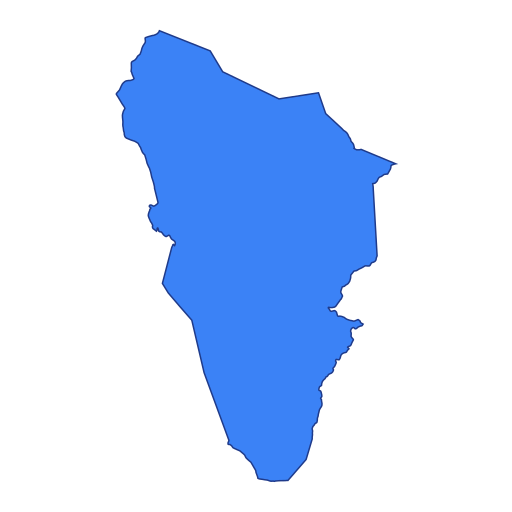 Guayape, Olancho, Honduras (Robinson projection)
{"feature_id": "27666195B80607738611126", "entity_name": "Guayape", "entity_type": "district", "adm_level": 2, "iso_a3": "HND", "parent_name": "Honduras", "parent_adm1": "Olancho", "projection": "robinson", "projection_center": [-86.826, 14.788], "detail": "fine", "context": "isolated", "style": "filled", "palette": "blue", "viewbox_px": 512, "rotation_deg": 0, "n_neighbors": 0, "source": "geoboundaries", "source_scale": "gbopen_adm2", "svg_char_len": 6052}
<svg xmlns="http://www.w3.org/2000/svg" viewBox="0 0 512 512"><path d="M287.9,480.5L306.1,459.5L312.2,439.0L312.2,437.1L312.5,434.8L312.4,432.9L312.6,431.2L312.5,430.3L312.2,429.2L312.2,428.3L312.6,427.4L312.8,426.6L314.0,425.3L315.0,423.7L315.6,423.1L316.4,422.9L316.9,422.3L317.1,421.4L317.3,420.3L317.4,418.1L318.1,416.1L318.4,413.9L318.8,412.5L319.4,409.9L320.2,408.4L321.5,406.4L321.9,405.3L322.0,403.7L321.8,402.3L321.5,400.9L321.5,399.8L321.2,399.2L320.8,398.8L320.6,398.3L320.8,397.9L321.8,396.6L321.8,396.0L321.8,395.1L321.2,392.5L320.8,391.3L320.4,390.9L319.4,390.5L318.9,390.1L318.8,389.9L318.8,389.4L318.9,388.7L319.4,387.1L319.8,386.5L320.8,386.0L321.5,385.4L321.6,385.0L321.6,384.4L321.7,383.6L322.1,382.3L322.3,381.7L322.9,380.8L323.7,379.8L325.0,378.7L326.2,376.7L326.4,376.6L326.9,376.6L327.2,376.4L327.9,375.6L328.3,374.8L328.5,374.5L329.6,373.9L331.4,373.1L332.1,372.5L332.7,371.8L333.2,370.8L333.5,369.9L333.4,369.6L333.2,369.3L333.0,368.9L333.0,368.3L333.4,367.7L334.5,366.6L335.5,364.5L336.1,363.0L336.2,362.6L336.2,362.2L335.6,361.1L335.7,360.3L336.0,359.6L336.2,359.4L336.5,359.4L338.7,359.8L339.1,359.8L339.9,358.6L340.3,357.6L340.8,355.6L341.1,355.1L341.4,354.6L342.2,353.8L343.0,353.3L344.2,352.8L345.6,352.5L346.4,352.1L346.6,351.8L347.6,350.1L348.5,349.4L348.9,348.9L349.0,348.7L348.9,348.5L347.7,347.5L347.6,347.2L348.2,346.6L350.1,345.9L350.6,345.5L351.1,344.7L351.9,342.7L353.4,339.8L353.2,339.2L351.9,337.7L351.1,336.5L351.1,335.7L351.2,334.3L351.2,333.2L351.1,332.7L350.8,331.9L350.6,331.1L350.9,329.7L351.3,328.9L352.3,327.9L352.8,327.6L353.2,327.5L353.6,327.6L354.2,327.9L355.1,328.8L355.5,328.8L355.9,328.8L357.1,328.0L358.2,327.0L360.1,326.2L360.9,325.9L361.5,325.9L361.9,325.7L362.2,325.5L363.1,324.1L361.0,322.9L360.4,322.2L360.3,321.7L360.2,321.2L359.9,321.0L358.9,320.1L358.1,319.6L357.7,319.7L354.6,321.0L354.0,321.1L353.5,321.1L351.5,320.6L350.1,320.4L347.8,319.6L346.7,319.2L345.6,318.5L344.2,317.4L341.9,316.5L341.0,316.3L339.8,316.1L338.6,316.3L338.1,316.2L337.6,315.8L337.4,315.3L336.5,312.2L335.8,311.4L334.9,310.7L334.5,310.6L333.9,310.7L331.6,311.3L331.1,311.3L330.8,311.2L330.1,310.7L329.3,309.2L328.5,308.3L328.3,307.9L328.3,307.6L328.4,307.4L328.6,307.3L330.5,307.6L332.1,307.6L334.6,307.1L335.0,306.8L335.6,306.4L336.1,305.8L337.7,303.5L339.7,300.8L340.4,299.7L341.2,299.0L342.5,296.1L342.3,295.3L341.0,293.0L340.8,292.2L340.8,291.4L341.2,290.0L342.1,287.2L342.3,286.9L344.5,286.2L345.7,285.1L346.8,284.5L347.7,283.9L348.3,283.3L349.0,282.3L349.7,281.2L350.5,278.5L350.7,277.2L350.7,275.9L350.9,274.9L353.8,271.3L354.0,271.1L354.3,271.0L355.7,270.8L356.6,270.6L359.4,268.9L361.0,268.2L362.9,267.2L363.8,266.6L364.9,266.0L365.6,265.8L367.9,266.0L369.4,265.9L370.0,265.4L371.3,263.2L371.8,262.7L372.3,262.5L372.7,262.4L373.4,262.2L374.6,261.6L375.3,261.0L376.0,259.9L376.1,259.2L376.3,257.9L377.1,255.9L373.2,188.1L373.2,187.1L372.7,183.6L374.7,183.3L375.2,183.0L375.8,182.5L377.1,181.1L378.3,178.5L378.9,177.7L379.4,177.2L381.5,176.4L384.0,174.5L386.2,174.1L387.2,174.1L387.6,174.0L388.1,173.2L390.4,169.1L390.8,167.6L391.0,165.8L391.2,165.6L391.7,165.1L392.4,164.8L394.7,164.0L395.7,163.8L361.1,149.4L359.4,149.8L356.6,149.8L355.4,149.2L354.0,148.4L354.3,147.7L353.8,145.5L353.5,144.4L352.6,143.0L351.1,141.4L350.4,139.0L349.9,138.1L348.9,136.8L347.9,134.5L347.1,133.2L345.6,131.7L343.6,130.4L341.6,128.3L325.7,113.6L318.5,92.8L279.0,98.9L222.7,71.8L210.2,50.9L159.4,30.7L159.1,31.5L158.4,32.6L156.7,34.1L153.9,35.3L152.4,35.5L148.4,36.6L145.8,37.5L145.2,37.9L145.1,38.5L145.4,41.1L145.2,42.5L143.0,45.9L142.3,47.4L141.8,48.8L141.3,50.9L140.1,54.1L139.7,54.5L137.7,56.1L137.2,56.9L136.6,58.1L135.3,59.6L134.5,60.3L133.1,61.0L132.1,61.6L131.7,62.0L131.4,62.6L131.3,63.2L131.4,67.9L131.1,71.3L131.7,72.5L132.3,74.6L133.9,78.2L134.0,78.5L133.8,78.8L133.6,79.2L133.1,79.5L131.3,80.2L130.2,80.5L128.6,80.5L126.6,80.8L125.4,81.2L124.2,82.1L123.1,83.1L122.3,84.1L121.3,86.0L119.5,90.0L116.6,93.3L116.4,93.7L116.3,94.1L116.5,94.6L118.0,96.9L122.3,104.1L124.2,106.8L124.9,108.3L124.8,108.7L123.4,111.2L122.6,114.0L122.4,115.3L122.5,117.5L122.9,121.3L122.9,122.7L122.8,124.5L122.9,126.1L123.2,127.6L123.6,130.8L124.2,132.7L124.3,134.6L124.8,136.3L125.5,137.4L126.6,138.2L131.2,140.1L134.6,141.2L136.9,142.5L138.2,143.4L139.6,146.1L140.6,147.6L141.1,149.2L142.5,152.4L143.6,153.8L144.6,154.7L144.8,155.1L146.1,159.3L147.1,163.3L148.7,166.9L149.4,168.1L150.7,172.2L151.7,177.0L153.3,181.9L154.0,184.6L154.5,186.9L154.5,188.2L158.0,202.4L157.8,203.2L157.5,203.7L155.1,205.6L154.5,205.9L153.8,206.1L153.4,206.1L151.4,205.1L150.6,205.0L150.1,205.1L149.8,205.2L149.5,205.6L149.3,206.0L149.3,206.4L149.5,206.8L150.6,207.6L150.7,207.9L150.8,208.2L150.6,208.6L150.2,208.9L149.9,209.4L149.7,210.1L149.6,210.9L149.2,211.6L148.5,213.7L148.3,214.9L148.3,215.9L148.9,217.7L150.4,221.2L150.7,221.8L151.5,222.8L152.5,224.9L152.7,225.8L152.4,226.8L152.6,227.7L152.9,228.3L153.2,228.7L154.7,229.8L155.9,230.8L156.5,231.2L157.1,230.0L157.1,228.9L157.2,228.3L157.5,228.0L157.9,228.1L158.0,228.3L158.7,230.9L158.9,231.3L159.6,231.7L160.3,231.9L161.1,231.9L161.5,232.2L162.3,233.1L163.5,234.8L164.8,235.9L165.4,236.3L165.9,236.5L166.4,236.5L168.6,235.3L168.9,235.2L169.4,235.5L170.0,236.1L170.4,237.2L171.5,239.0L174.6,241.2L174.9,241.8L175.2,242.3L175.2,244.2L174.6,245.6L174.3,245.4L173.8,244.8L173.4,244.4L172.9,244.7L172.4,246.2L171.8,247.2L171.4,248.7L162.4,283.4L168.3,293.0L180.1,306.8L191.8,320.2L204.1,372.7L228.6,439.5L228.9,440.3L228.8,440.6L228.8,441.0L228.1,442.5L228.0,443.6L228.1,444.2L228.4,444.4L230.2,444.6L231.6,445.8L232.1,446.4L232.6,447.2L233.0,447.7L234.7,448.6L235.7,449.0L236.5,449.4L239.3,450.6L240.4,451.2L241.0,451.8L243.6,454.0L244.6,455.0L244.9,455.5L245.3,456.4L245.8,457.4L246.3,458.1L248.5,460.2L250.9,462.2L253.8,467.2L255.5,470.1L255.8,470.9L256.0,472.4L257.6,476.8L257.9,478.3L259.2,478.9L262.8,479.4L264.4,479.7L267.4,480.1L270.0,481.0L271.0,481.2L273.2,481.1L274.5,481.3L275.5,481.0L279.3,480.7L285.4,480.6L287.3,480.4L287.9,480.5Z" fill="#3b82f6" stroke="#1e3a8a" stroke-width="1.5"/></svg>